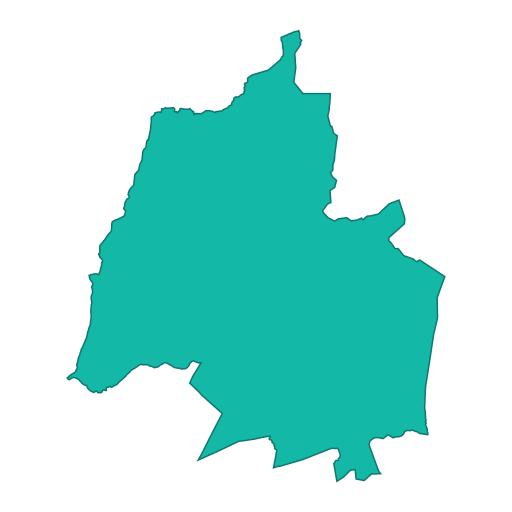 outline of Chimanimani, Manicaland, Zimbabwe
{"feature_id": "62879985B88663690016764", "entity_name": "Chimanimani", "entity_type": "district", "adm_level": 2, "iso_a3": "ZWE", "parent_name": "Zimbabwe", "parent_adm1": "Manicaland", "projection": "robinson", "projection_center": [32.597, -19.741], "detail": "fine", "context": "isolated", "style": "filled", "palette": "teal", "viewbox_px": 512, "rotation_deg": 0, "n_neighbors": 0, "source": "geoboundaries", "source_scale": "gbopen_adm2", "svg_char_len": 5987}
<svg xmlns="http://www.w3.org/2000/svg" viewBox="0 0 512 512"><path d="M67.2,378.0L67.8,378.9L68.5,379.4L69.4,379.7L72.8,377.5L75.3,377.7L76.7,378.5L77.9,379.0L79.2,380.0L79.9,381.0L81.0,381.9L82.0,383.3L84.6,385.1L86.3,385.5L86.8,385.8L87.4,387.5L87.9,388.5L89.1,389.7L90.7,391.0L91.8,391.6L93.9,392.4L94.4,392.2L95.2,391.5L96.8,391.0L97.7,392.6L99.9,392.8L100.5,392.6L101.3,392.6L101.7,392.3L102.0,392.0L102.1,391.0L102.9,390.2L103.9,390.0L105.7,390.5L106.2,390.5L106.4,389.8L106.2,388.8L106.2,388.2L106.5,387.6L107.0,387.2L107.5,387.2L108.2,387.4L109.4,386.5L110.3,386.6L111.1,387.1L111.8,387.1L115.0,385.3L116.9,384.5L118.5,382.6L125.5,376.4L127.1,374.3L128.8,373.0L130.9,370.6L132.9,369.1L134.2,368.6L140.2,364.4L143.1,364.8L144.8,364.7L148.3,364.8L149.3,365.9L150.0,366.1L151.9,366.3L154.0,367.6L154.9,367.6L157.7,367.0L158.9,366.3L160.2,365.1L162.6,364.0L163.7,362.9L165.5,362.7L167.5,363.4L168.9,364.3L170.6,365.1L174.3,367.5L177.2,368.1L179.3,368.1L181.0,369.0L185.1,368.7L185.9,368.5L187.5,367.2L188.3,366.3L189.2,365.1L189.7,363.5L190.4,362.7L191.0,362.5L192.1,361.2L192.5,361.0L194.2,361.0L195.3,361.7L198.7,363.0L201.1,362.8L192.7,376.5L189.7,383.1L198.8,391.8L202.1,395.5L222.3,413.5L212.5,432.3L201.7,453.9L198.2,460.1L218.1,451.1L238.6,441.4L254.4,439.1L259.6,437.9L270.1,435.9L270.4,436.9L269.3,438.0L269.2,438.6L269.4,439.3L269.9,439.7L270.9,439.9L271.9,440.6L272.0,442.3L274.0,444.1L274.1,445.7L274.7,446.3L274.6,447.9L274.7,448.5L275.5,449.4L276.5,449.6L276.8,449.9L275.4,458.2L273.5,467.8L278.5,466.2L279.4,466.4L302.6,459.6L331.9,448.1L332.4,448.5L333.7,448.2L335.3,448.6L337.1,448.2L338.1,448.9L338.7,450.2L338.9,450.2L338.9,451.0L339.9,453.3L340.2,454.3L340.2,455.4L339.9,457.0L339.6,457.6L338.3,458.9L338.1,460.1L337.5,460.4L336.0,460.5L335.6,460.7L335.2,461.6L335.0,462.4L333.8,463.4L336.9,481.3L343.5,477.1L350.4,470.2L355.2,469.6L356.1,479.0L364.2,480.5L371.5,473.9L372.9,474.0L380.6,473.7L378.7,471.3L368.9,444.4L370.3,440.3L371.5,439.9L372.6,438.8L373.5,438.2L375.5,437.7L377.6,437.6L379.3,437.8L382.9,438.6L384.5,437.6L387.0,435.5L388.7,434.8L391.5,436.9L392.9,437.7L393.8,437.6L395.6,436.9L399.0,436.7L401.0,436.1L402.4,435.1L403.6,433.9L404.6,431.8L406.0,430.8L406.9,430.5L409.4,430.5L410.5,430.7L411.2,430.0L413.4,430.4L414.9,431.3L417.3,431.8L419.7,433.5L421.4,433.6L422.9,434.0L423.8,434.0L427.4,434.7L427.9,434.5L427.3,430.8L427.2,429.2L426.8,427.6L426.4,427.0L425.5,424.4L425.6,424.1L426.1,423.4L426.1,423.1L425.4,421.6L426.0,420.9L426.1,420.4L425.6,418.8L425.3,412.6L424.6,407.8L425.5,387.0L429.8,359.9L433.6,334.5L437.5,318.1L437.2,297.6L444.8,276.6L419.8,260.1L416.2,261.7L413.5,259.1L403.6,255.6L398.3,248.7L394.9,248.6L391.1,242.8L388.8,240.9L388.9,237.6L404.4,223.8L404.8,218.8L403.8,214.8L399.0,200.1L389.3,203.7L378.4,214.0L370.8,215.9L367.3,216.1L364.9,217.9L363.6,219.5L363.2,219.7L362.0,218.9L361.6,218.1L356.8,220.1L351.0,220.8L346.9,217.7L338.5,218.8L334.7,221.1L328.0,217.8L328.0,217.6L323.4,212.7L322.8,211.0L322.8,210.6L327.5,204.0L330.9,202.5L330.0,190.6L334.7,187.4L336.5,180.3L332.9,177.4L330.5,172.9L332.8,170.1L333.0,164.2L334.4,160.5L334.8,154.2L337.3,135.7L333.7,133.6L331.9,126.4L330.5,126.3L327.8,116.1L329.4,108.4L329.0,107.5L329.3,107.0L329.8,103.3L330.3,93.6L302.8,93.6L302.8,93.4L293.8,82.3L295.8,67.5L295.2,60.5L295.2,58.8L294.7,53.4L298.1,48.4L298.5,48.1L298.5,47.9L300.8,44.0L300.0,42.9L300.7,42.2L301.7,40.5L299.7,38.4L299.6,33.0L298.7,30.7L297.9,31.1L294.3,31.8L281.1,37.4L281.3,40.5L282.1,41.7L282.5,43.3L282.7,47.8L283.3,49.8L283.4,54.0L283.2,55.6L281.6,57.4L280.4,59.8L268.4,70.1L252.2,74.9L252.1,75.1L251.7,75.5L250.5,75.9L248.9,77.3L248.1,77.6L247.6,78.8L247.7,81.0L247.5,82.0L246.6,82.8L245.0,83.2L244.5,83.7L244.6,84.7L245.2,85.9L245.3,86.4L244.2,87.3L244.3,89.4L244.9,90.1L245.0,90.5L243.9,91.8L244.1,92.5L243.9,93.2L243.4,93.8L241.4,94.6L238.6,96.8L237.3,97.1L236.4,96.9L235.8,96.9L235.0,97.3L233.9,98.2L233.5,100.7L232.4,101.6L231.7,103.2L231.6,104.9L229.3,105.8L227.4,107.9L223.6,109.5L221.7,111.0L216.0,111.6L215.2,112.6L212.4,111.4L208.7,110.6L205.7,110.8L203.7,112.3L201.1,113.7L194.7,113.5L194.4,114.4L194.0,114.5L193.6,112.6L193.9,112.7L193.4,112.5L193.5,111.5L191.5,110.5L189.9,108.6L187.8,109.3L183.5,109.1L181.2,108.4L179.8,109.1L179.6,110.7L178.3,111.5L177.8,112.6L177.3,113.0L176.5,111.6L175.3,111.9L174.4,111.2L174.8,109.7L174.5,108.7L173.4,107.7L167.3,108.3L165.2,107.8L163.7,108.8L161.6,108.8L161.5,111.3L161.0,112.5L160.4,112.0L157.6,112.1L154.7,113.1L155.0,113.9L153.0,116.2L151.4,117.0L151.1,119.2L151.4,120.4L150.4,130.0L148.3,140.0L147.5,139.9L147.2,140.8L146.9,141.0L146.4,143.3L146.1,146.6L145.8,147.6L144.1,149.2L143.1,150.8L142.7,152.9L142.1,159.4L141.4,161.2L139.7,164.8L138.7,170.2L135.6,173.5L134.9,174.8L134.7,175.5L133.8,184.6L133.1,185.9L131.3,187.6L129.6,189.8L128.7,191.9L128.1,194.3L129.2,196.7L129.2,197.3L128.9,198.0L128.5,198.4L127.2,198.9L126.7,199.3L125.0,202.8L124.5,206.8L123.6,208.4L123.8,208.9L124.8,209.9L125.5,211.1L125.3,213.0L124.9,214.5L124.1,215.8L123.2,216.6L117.6,219.3L115.8,219.9L113.8,220.8L112.3,221.8L111.8,223.6L111.7,226.8L111.4,230.6L111.2,231.1L110.3,232.3L108.9,233.7L107.8,235.1L104.6,239.9L103.6,240.9L102.7,242.4L101.0,244.0L100.0,245.5L99.7,248.9L100.0,253.0L99.6,253.4L98.8,253.6L98.7,254.2L99.0,255.0L99.7,255.9L99.8,256.3L99.6,256.8L99.8,257.3L101.2,258.3L102.7,260.7L102.6,261.3L101.6,263.0L101.7,264.4L101.4,266.4L100.7,268.1L100.2,270.9L99.3,272.8L99.0,274.4L98.2,274.7L96.8,273.8L95.2,273.8L90.8,274.7L89.5,275.4L89.1,275.4L89.7,278.6L90.7,280.3L92.1,281.9L92.7,283.1L92.7,284.7L91.7,286.6L91.7,287.6L92.4,289.4L92.6,292.8L91.4,295.8L91.1,298.5L91.9,302.5L91.3,305.4L90.8,310.5L91.1,314.6L91.1,318.3L90.8,319.6L90.2,325.1L89.1,327.5L88.4,330.5L87.7,332.0L87.4,334.4L87.1,335.0L86.5,338.2L86.5,337.7L82.5,347.3L81.4,349.0L80.9,351.1L80.4,352.3L79.7,355.1L79.2,356.3L78.8,356.9L78.1,359.4L77.9,360.9L76.7,364.7L77.2,367.0L77.1,368.5L75.9,370.5L75.2,372.2L70.7,374.9L67.2,378.0Z" fill="#14b8a6" stroke="#0f766e" stroke-width="1.5"/></svg>